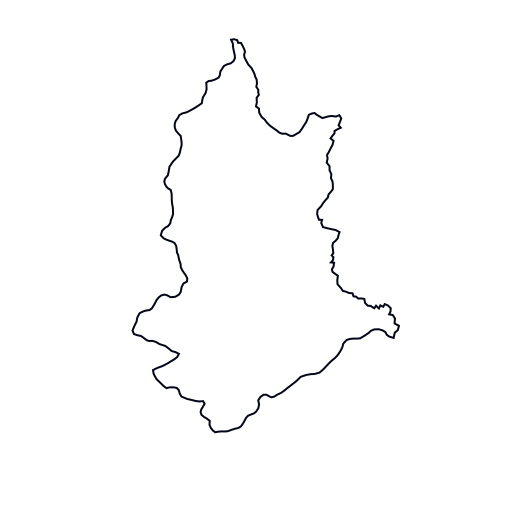 Fruta de Leite, Minas Gerais, Brazil (Albers equal-area conic projection), rotated 220°
{"feature_id": "56859067B77159548363551", "entity_name": "Fruta de Leite", "entity_type": "district", "adm_level": 2, "iso_a3": "BRA", "parent_name": "Brazil", "parent_adm1": "Minas Gerais", "projection": "albers", "projection_center": [-42.516, -16.13], "detail": "fine", "context": "isolated", "style": "outline", "palette": "ink", "viewbox_px": 512, "rotation_deg": 220, "n_neighbors": 0, "source": "geoboundaries", "source_scale": "gbopen_adm2", "svg_char_len": 4613}
<svg xmlns="http://www.w3.org/2000/svg" viewBox="0 0 512 512"><g transform="rotate(220 256 256)"><path d="M261.6,102.4L258.6,99.9L256.0,98.8L252.7,97.7L247.8,97.4L243.2,97.0L239.7,97.2L237.6,100.0L234.9,102.3L232.0,104.0L228.9,103.6L225.8,101.5L222.6,100.4L219.6,101.4L216.7,102.3L212.9,104.3L209.1,106.1L206.0,108.1L203.2,110.8L200.4,109.8L199.7,106.1L199.3,103.3L198.1,100.8L195.6,99.3L192.3,99.3L189.4,99.8L185.5,100.0L183.1,96.8L180.2,95.3L177.0,94.6L174.0,94.7L171.8,97.4L169.4,99.7L167.4,101.3L165.0,103.6L163.3,106.6L161.2,110.0L159.0,112.9L158.0,115.8L158.3,119.4L159.0,122.9L159.6,125.7L159.4,128.6L157.9,131.5L156.4,134.1L155.9,136.7L156.3,140.7L158.3,144.4L161.5,146.8L162.0,151.1L161.0,154.6L158.7,156.5L156.1,156.9L153.3,157.7L151.6,160.1L150.5,163.7L148.8,167.2L147.8,171.2L147.2,174.5L146.5,177.5L145.6,181.7L144.8,185.3L144.4,188.8L144.1,192.1L142.7,194.5L140.7,197.6L138.0,200.8L135.1,203.5L132.4,207.5L131.6,212.2L131.3,217.7L131.1,221.2L130.6,225.3L129.9,229.1L129.7,232.2L130.2,237.3L131.1,241.3L132.8,245.0L132.6,250.0L130.6,253.0L128.4,255.2L125.6,257.6L123.4,259.7L122.3,262.7L121.2,266.1L120.2,269.8L119.9,272.5L118.3,275.7L115.0,278.7L111.5,280.3L108.1,280.9L105.2,279.7L102.2,279.9L97.9,281.7L100.4,286.4L99.7,290.3L101.6,294.4L106.5,293.4L109.3,297.4L113.2,298.7L116.5,296.9L117.3,299.9L119.2,302.6L123.1,302.9L126.5,301.9L125.9,298.9L129.0,298.1L128.1,294.8L132.1,295.1L131.8,292.0L136.2,291.4L138.3,289.8L142.1,290.1L145.5,292.7L148.2,291.1L150.3,289.1L153.1,289.2L155.4,287.8L158.1,289.5L161.0,287.4L164.5,286.4L166.9,285.1L170.7,286.1L175.5,286.8L178.3,289.9L180.6,293.5L184.3,293.2L187.1,293.0L189.3,294.6L189.8,297.7L191.8,301.0L194.4,299.3L194.3,302.0L195.9,304.8L198.4,305.1L198.6,307.8L201.5,310.7L203.9,312.7L205.4,315.7L204.8,318.8L204.8,322.2L206.4,325.5L207.4,328.0L211.7,327.1L215.4,325.1L219.2,323.1L223.3,321.2L227.2,323.2L228.6,326.2L231.0,324.2L233.7,325.8L236.2,327.5L238.4,330.8L238.1,336.0L238.6,339.6L238.7,343.2L238.5,346.9L240.0,349.8L239.9,353.3L240.0,356.4L242.0,358.9L243.8,360.9L245.8,362.6L248.5,363.7L250.9,367.1L254.7,368.9L257.4,372.1L261.9,373.0L263.8,376.7L266.5,379.0L267.1,382.7L268.0,386.3L268.8,390.3L270.6,394.0L274.5,394.0L274.7,397.2L274.7,400.4L276.2,402.3L275.0,405.5L273.5,408.7L276.7,409.2L277.8,412.5L279.1,416.2L282.7,417.4L284.3,414.3L288.2,411.8L290.5,409.2L292.1,406.8L293.9,404.3L297.5,403.7L300.4,403.2L303.0,403.2L304.8,401.1L306.3,398.1L304.8,394.4L303.6,390.8L303.1,386.4L302.6,383.0L302.3,378.9L303.7,374.9L304.8,371.9L306.8,370.1L309.2,369.5L312.0,368.8L314.5,366.5L317.5,365.5L320.5,365.5L323.5,365.2L329.1,364.8L333.5,365.2L337.1,366.1L340.9,366.1L345.6,367.8L348.5,370.8L352.2,370.6L354.0,374.1L357.2,377.6L357.4,381.3L359.5,382.8L361.1,384.8L364.5,385.8L366.3,389.0L369.0,391.6L371.8,392.8L374.2,394.5L376.8,395.7L380.2,397.1L385.0,397.7L389.4,399.4L392.4,400.7L394.4,402.4L395.8,405.5L397.9,406.8L400.8,408.2L404.5,409.6L406.8,407.8L409.1,409.3L412.1,408.0L414.1,405.7L410.5,404.0L407.2,400.7L403.9,398.1L401.5,396.3L399.3,394.0L398.5,390.9L399.2,387.3L401.3,384.3L402.7,381.0L401.9,374.4L399.9,371.2L399.3,368.7L400.6,365.3L402.7,361.7L404.7,359.7L405.5,356.8L403.3,354.5L401.1,352.0L399.5,348.8L399.0,346.0L398.6,343.3L397.4,341.0L395.7,338.1L396.9,333.8L398.0,330.3L399.2,327.1L400.5,323.7L401.7,321.2L404.0,318.0L405.3,314.7L404.6,311.9L404.3,307.6L403.0,304.7L400.9,302.3L398.1,300.6L394.2,299.9L390.9,299.6L388.3,297.3L385.6,294.8L384.0,292.7L382.6,289.6L380.9,286.5L379.7,283.3L380.0,279.2L380.3,275.0L379.7,268.8L377.3,264.8L375.4,261.2L375.4,256.9L374.2,254.1L371.8,252.5L369.2,251.5L366.6,251.3L363.9,251.8L360.9,249.7L358.8,247.4L357.2,245.5L354.2,242.4L350.9,239.7L348.6,237.2L346.5,234.8L345.2,231.8L344.3,228.7L342.7,225.9L342.6,222.4L343.8,219.1L344.1,214.9L342.2,210.6L338.1,210.2L335.2,210.9L332.7,211.8L330.0,212.9L326.9,213.6L323.6,212.4L320.8,209.9L318.8,207.9L316.3,206.7L314.0,204.9L311.7,203.2L308.8,201.5L306.4,199.1L303.7,197.8L300.7,196.9L297.5,196.1L294.3,194.7L292.4,192.1L293.9,188.4L293.1,184.6L291.7,182.1L290.5,179.9L290.2,177.0L291.6,172.9L295.0,169.5L298.8,168.8L301.3,167.6L303.2,165.0L303.9,161.9L303.9,158.7L303.1,155.1L302.5,151.8L302.1,149.0L302.8,146.1L305.3,143.4L307.2,140.3L308.4,137.3L307.3,132.4L305.3,128.9L304.3,124.6L302.7,119.6L299.4,117.8L296.0,119.0L292.8,120.8L289.4,121.1L285.6,121.2L283.2,122.2L281.1,124.2L277.6,125.8L273.3,126.5L270.1,127.8L267.6,128.8L263.6,129.0L259.5,129.0L255.7,130.7L252.2,131.5L251.4,127.9L252.3,123.9L253.5,120.6L254.5,117.5L255.7,114.4L257.1,111.2L258.6,108.7L259.9,106.2L261.6,102.4Z" fill="none" stroke="#020617" stroke-width="2"/></g></svg>